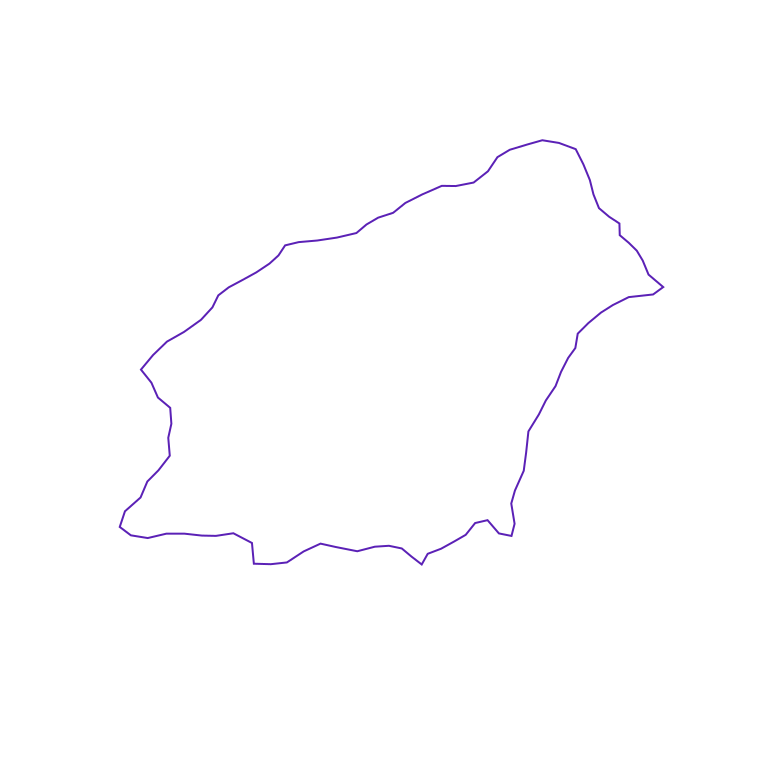 Córrego Fundo, Minas Gerais, Brazil (Natural Earth projection), rotated 252°
{"feature_id": "56859067B51911600975572", "entity_name": "Córrego Fundo", "entity_type": "district", "adm_level": 2, "iso_a3": "BRA", "parent_name": "Brazil", "parent_adm1": "Minas Gerais", "projection": "natural_earth1", "projection_center": [-45.534, -20.449], "detail": "fine", "context": "isolated", "style": "outline", "palette": "violet", "viewbox_px": 768, "rotation_deg": 252, "n_neighbors": 0, "source": "geoboundaries", "source_scale": "gbopen_adm2", "svg_char_len": 1387}
<svg xmlns="http://www.w3.org/2000/svg" viewBox="0 0 768 768"><g transform="rotate(252 384 384)"><path d="M310.5,111.7L308.9,130.9L303.3,148.0L296.1,164.0L291.5,177.2L288.6,194.6L273.6,209.3L253.3,204.7L247.6,220.7L244.3,236.5L249.6,255.9L251.8,274.3L243.9,287.7L233.2,306.9L232.1,325.0L228.6,338.7L222.1,350.1L211.4,356.8L200.7,364.1L209.0,373.1L209.7,387.4L212.5,401.9L215.3,415.1L223.6,427.7L222.5,440.4L206.4,447.1L200.1,458.3L210.7,465.0L231.0,468.1L242.2,475.6L258.3,490.1L275.1,498.1L294.3,506.7L307.2,521.9L318.3,532.8L329.0,546.5L340.8,556.1L351.9,567.2L359.1,577.1L372.0,583.8L378.8,597.2L384.9,612.5L388.4,626.2L391.0,643.6L386.0,667.6L389.9,679.5L406.3,669.4L421.5,668.2L432.7,665.6L442.7,660.4L452.7,654.2L463.9,657.5L473.5,649.8L484.8,642.8L499.6,641.8L514.3,642.8L531.3,641.5L548.1,638.9L559.2,624.9L566.9,609.9L567.5,594.4L567.9,576.0L564.7,562.0L554.2,548.6L547.9,531.5L550.1,513.4L554.6,500.2L552.5,479.0L549.6,460.3L544.0,445.6L544.0,429.8L541.1,416.6L536.1,404.4L537.8,384.5L541.1,364.8L545.3,346.7L546.4,332.8L538.9,323.4L533.9,312.3L529.6,297.0L526.7,281.8L523.9,266.2L519.5,253.8L509.9,244.5L501.6,229.8L495.3,209.8L491.4,190.7L482.9,173.3L472.8,157.3L457.1,163.2L441.0,164.8L427.4,173.3L411.9,169.5L399.5,162.2L382.0,158.1L371.6,142.8L364.4,128.8L351.3,117.4L343.0,98.3L329.7,88.5L318.3,96.5L310.5,111.7Z" fill="none" stroke="#5b21b6" stroke-width="2"/></g></svg>